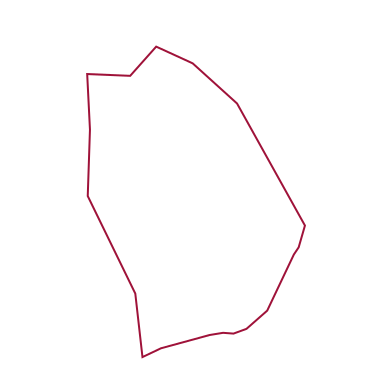 the border of South Tyneside, rotated 77°
{"feature_id": "GBR-5663", "entity_name": "South Tyneside", "entity_type": "Metropolitan Borough", "adm_level": 1, "iso_a3": "GBR", "parent_name": "United Kingdom", "parent_adm1": "", "projection": "robinson", "projection_center": [-1.427, 54.955], "detail": "fine", "context": "isolated", "style": "outline", "palette": "rose", "viewbox_px": 384, "rotation_deg": 77, "n_neighbors": 0, "source": "natural_earth", "source_scale": "10m", "svg_char_len": 387}
<svg xmlns="http://www.w3.org/2000/svg" viewBox="0 0 384 384"><g transform="rotate(77 192 192)"><path d="M250.1,89.5L269.9,100.5L275.8,106.8L324.5,145.4L337.6,169.7L339.3,183.4L336.2,193.4L335.3,207.1L337.3,257.4L341.7,277.4L278.2,270.1L172.5,294.5L108.3,277.4L53.5,267.6L64.9,226.1L42.3,194.2L66.8,162.4L115.9,128.2L250.1,89.5Z" fill="none" stroke="#9f1239" stroke-width="2"/></g></svg>